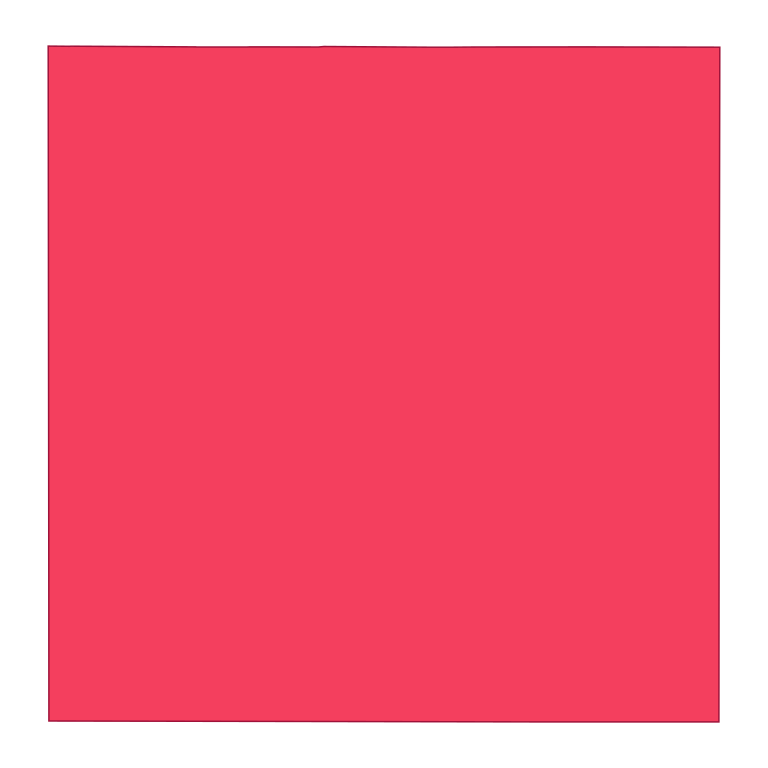 the district of Washington, Kansas, United States of America
{"feature_id": "52423323B79876841962369", "entity_name": "Washington", "entity_type": "district", "adm_level": 2, "iso_a3": "USA", "parent_name": "United States of America", "parent_adm1": "Kansas", "projection": "mercator", "projection_center": [-97.1, 39.784], "detail": "fine", "context": "isolated", "style": "filled", "palette": "rose", "viewbox_px": 768, "rotation_deg": 0, "n_neighbors": 0, "source": "geoboundaries", "source_scale": "gbopen_adm2", "svg_char_len": 427}
<svg xmlns="http://www.w3.org/2000/svg" viewBox="0 0 768 768"><path d="M48.2,46.1L48.8,586.3L48.9,721.0L537.5,721.9L718.9,721.9L719.3,317.3L719.8,47.2L638.7,47.0L637.2,47.0L633.4,47.0L630.8,47.0L588.3,46.9L587.9,46.9L477.4,47.0L451.6,47.2L429.1,47.2L323.9,46.5L318.5,47.0L271.6,46.9L249.6,46.9L247.1,47.0L196.1,47.0L196.0,46.9L70.7,46.2L70.0,46.3L48.3,46.1L48.2,46.1Z" fill="#f43f5e" stroke="#9f1239" stroke-width="1.5"/></svg>